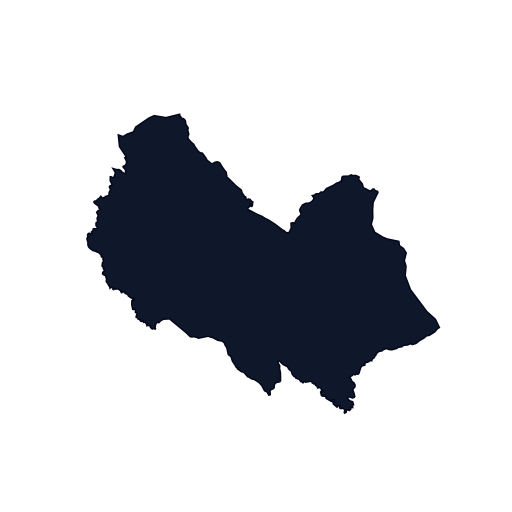 outline of Kandreho, Betsiboka, Madagascar, rotated 143°
{"feature_id": "10022922B38821373259374", "entity_name": "Kandreho", "entity_type": "district", "adm_level": 2, "iso_a3": "MDG", "parent_name": "Madagascar", "parent_adm1": "Betsiboka", "projection": "natural_earth1", "projection_center": [46.108, -17.43], "detail": "fine", "context": "isolated", "style": "filled", "palette": "ink", "viewbox_px": 512, "rotation_deg": 143, "n_neighbors": 0, "source": "geoboundaries", "source_scale": "gbopen_adm2", "svg_char_len": 6096}
<svg xmlns="http://www.w3.org/2000/svg" viewBox="0 0 512 512"><g transform="rotate(143 256 256)"><path d="M384.2,364.1L384.1,362.0L382.9,358.3L382.0,357.4L381.5,356.3L380.6,356.1L380.7,355.0L379.4,352.9L379.2,350.0L380.0,348.3L379.1,347.4L379.2,346.4L380.2,345.7L380.6,344.0L381.5,343.1L382.3,343.3L385.0,340.7L384.8,338.3L385.6,337.8L385.6,336.1L386.2,335.7L386.5,334.9L388.1,335.3L389.3,334.1L388.7,331.8L387.8,331.2L387.6,330.3L388.4,330.0L389.1,327.7L391.0,325.7L391.1,324.9L390.8,323.3L391.3,322.0L391.4,319.6L392.0,318.1L391.0,318.3L389.8,317.3L389.7,316.3L390.3,315.7L390.1,314.9L388.2,314.7L388.1,314.1L386.3,312.9L385.4,311.8L385.5,310.9L384.8,310.0L385.5,309.0L385.3,307.4L384.9,307.5L384.5,308.4L383.7,308.3L382.8,304.6L381.6,302.5L382.0,301.0L381.1,297.9L380.6,297.4L380.3,296.3L379.0,296.1L379.3,294.0L379.9,294.1L380.3,295.1L382.1,295.0L384.5,291.9L386.6,287.6L386.0,286.9L384.4,286.4L384.6,285.7L386.2,283.7L386.2,283.2L385.4,282.6L385.5,281.8L388.6,279.4L388.0,278.1L388.1,276.3L386.7,274.9L387.4,274.1L387.4,273.5L386.7,272.5L385.4,272.3L385.7,270.6L384.5,270.1L384.4,267.8L385.0,265.9L383.8,266.2L383.5,264.7L382.6,263.8L382.7,262.8L383.3,262.4L382.8,260.1L381.8,260.0L380.5,258.3L379.9,258.5L379.6,260.1L378.9,260.2L377.7,261.6L375.1,262.6L373.7,261.2L371.0,261.7L367.8,261.1L362.9,257.8L357.9,236.7L357.1,231.2L355.9,229.8L354.4,229.2L352.1,226.4L351.5,225.0L342.6,220.8L339.6,216.6L337.2,211.6L334.2,208.3L333.6,205.5L334.4,203.0L334.4,200.6L337.5,193.8L336.9,192.3L336.6,190.4L338.1,186.2L338.4,181.2L338.8,179.7L338.6,178.9L337.7,178.0L338.6,177.6L338.7,176.9L337.3,172.5L335.7,170.3L335.3,164.5L334.4,163.3L333.6,160.7L331.6,158.2L329.7,153.0L329.4,149.1L330.3,143.2L329.0,140.7L329.5,137.1L328.1,136.6L326.2,139.5L325.3,140.3L321.8,139.6L320.9,139.8L319.2,141.8L317.9,142.5L315.8,142.7L312.7,141.2L311.4,141.6L306.8,147.9L304.9,151.9L303.1,154.1L302.9,156.5L301.9,158.8L301.5,158.9L300.5,158.1L299.7,153.1L297.5,148.5L297.9,145.9L297.1,142.6L298.2,140.0L298.2,137.3L297.6,136.0L297.7,134.5L295.6,131.3L295.9,128.9L294.9,127.5L294.8,126.4L293.0,126.7L292.5,126.3L292.3,125.3L287.8,123.1L287.1,121.7L287.5,120.7L286.9,120.0L286.9,119.1L285.5,117.9L286.3,116.8L285.5,115.9L286.2,113.5L284.5,112.7L283.7,111.6L284.3,109.7L284.3,108.1L285.6,108.7L286.3,108.5L287.7,105.2L287.2,104.1L285.0,102.2L284.9,101.5L285.6,100.5L285.5,99.8L283.4,94.6L282.6,94.2L281.3,95.2L280.1,94.3L280.8,93.0L282.4,93.3L283.3,91.2L282.3,86.6L281.6,86.4L280.3,87.0L278.7,85.8L278.8,85.4L280.1,85.0L280.6,84.0L280.4,83.4L278.1,81.8L277.7,79.9L278.0,79.2L279.5,78.2L279.8,77.2L278.1,76.9L276.3,78.5L275.5,78.1L274.4,76.4L272.5,76.6L271.7,78.1L270.0,76.7L268.6,79.0L267.6,78.5L266.5,81.4L268.4,84.2L268.4,87.5L266.8,87.9L264.2,84.4L262.6,84.0L261.7,84.3L260.3,87.4L259.4,90.6L258.3,91.4L255.8,91.9L254.5,93.3L254.1,95.7L254.8,98.0L253.9,102.2L253.4,103.0L251.1,102.6L249.3,102.9L248.4,101.4L247.5,101.7L245.8,100.3L244.6,100.2L239.3,104.0L237.4,104.4L234.8,103.3L233.1,105.1L230.6,103.9L227.5,103.6L226.6,102.6L225.5,103.7L223.2,103.6L221.6,104.1L221.1,105.0L219.8,104.7L218.3,105.8L217.1,105.6L215.7,105.9L212.4,104.4L210.3,104.6L209.5,104.0L208.6,104.1L207.2,103.2L206.6,101.9L204.6,99.8L203.5,99.1L199.0,97.4L197.5,97.6L194.1,95.7L192.0,95.9L188.3,93.6L185.3,93.0L184.8,91.7L183.9,90.9L180.9,89.9L176.1,90.0L171.6,89.4L167.8,89.6L165.3,88.3L158.9,87.8L154.8,88.8L152.6,88.5L150.8,97.5L153.0,108.8L152.9,136.1L148.7,150.5L142.3,157.6L140.3,163.1L134.2,168.0L133.7,173.2L135.2,178.0L133.1,181.7L140.9,190.6L143.3,194.6L146.9,203.5L145.0,211.8L139.9,216.0L134.9,222.9L130.1,228.4L120.4,233.3L120.0,234.5L121.5,236.4L121.4,238.4L122.8,239.3L124.7,238.7L125.6,239.3L127.0,241.4L128.0,244.0L129.0,245.3L129.1,246.2L127.7,249.6L127.9,254.6L127.7,255.8L126.1,256.8L126.3,257.6L127.8,260.2L128.7,261.0L130.1,261.6L131.1,263.5L134.0,264.1L138.5,267.3L139.9,267.2L142.3,264.8L145.1,264.7L147.8,265.7L151.7,265.9L159.2,267.5L161.6,266.8L164.0,266.6L165.6,268.0L168.0,267.8L170.8,269.6L172.9,269.5L174.7,270.4L174.8,268.1L175.2,267.2L176.3,266.4L179.0,265.9L181.7,266.3L184.7,268.2L188.2,268.8L192.5,267.1L193.8,266.0L194.6,262.6L195.7,261.8L200.2,261.3L203.9,259.9L205.4,258.7L206.5,260.4L208.3,261.2L210.9,257.3L214.8,255.1L216.3,255.2L217.9,256.7L218.3,259.3L219.1,260.7L221.6,269.8L224.6,277.8L226.0,280.3L227.3,284.0L230.0,288.6L233.9,296.9L234.3,296.4L234.8,296.8L233.6,299.5L231.0,299.2L230.6,300.0L230.1,300.3L229.5,298.1L228.6,298.4L227.4,299.7L227.8,300.4L226.3,300.6L226.0,300.9L226.7,303.1L226.6,304.7L227.8,306.2L229.4,306.2L229.5,308.1L228.7,309.0L228.7,309.5L229.4,309.6L229.0,315.2L228.0,317.5L229.7,323.8L231.3,334.9L231.8,336.3L229.3,341.0L229.5,341.8L229.4,346.8L228.9,352.3L230.0,354.4L232.2,355.5L235.4,356.0L236.0,356.5L237.4,361.9L237.0,365.0L236.9,370.4L238.1,371.7L238.8,373.1L239.1,374.9L238.9,380.4L238.5,382.8L239.2,385.8L239.6,390.4L238.6,392.3L236.4,393.7L234.7,397.7L233.1,399.0L232.7,403.6L231.2,406.1L230.9,407.6L231.3,409.5L232.5,409.8L232.6,410.2L232.2,411.4L232.5,413.1L231.7,415.2L244.6,420.7L252.9,429.4L258.4,430.6L274.5,431.4L279.2,428.9L285.5,430.9L290.3,431.4L293.1,435.6L299.2,425.5L300.0,412.8L301.6,413.5L302.5,409.4L304.0,407.7L306.5,407.0L307.9,407.6L308.5,407.3L308.7,406.2L308.4,405.1L308.5,403.3L310.0,400.9L310.8,400.9L311.6,401.4L312.4,403.2L312.5,405.3L313.5,407.7L315.1,408.6L317.6,412.0L318.1,407.2L322.0,404.4L323.4,405.0L324.2,406.8L324.7,407.0L327.2,403.7L327.9,399.7L329.1,399.5L330.4,399.9L331.6,399.4L332.3,396.4L334.9,395.3L336.8,393.2L337.9,393.0L338.8,393.7L340.0,393.7L340.6,394.3L341.9,393.3L342.5,394.3L343.8,394.6L344.0,397.1L346.3,396.5L348.8,396.6L350.0,395.8L351.5,396.9L352.6,397.0L353.1,396.4L353.1,395.1L351.7,390.3L352.6,388.7L352.1,387.5L352.5,386.7L353.1,386.6L354.5,387.3L357.0,386.8L357.7,383.1L360.2,381.8L361.6,379.1L362.2,378.7L363.9,378.7L365.5,376.6L365.4,374.6L366.3,373.7L366.9,373.6L368.7,375.2L369.9,375.6L371.0,374.2L372.9,374.3L373.3,372.1L373.8,371.7L374.3,373.1L375.5,374.6L376.5,374.9L377.8,374.2L378.9,372.6L380.7,371.6L382.2,367.7L383.5,366.2L384.2,364.1Z" fill="#0f172a" stroke="#020617" stroke-width="1.5"/></g></svg>